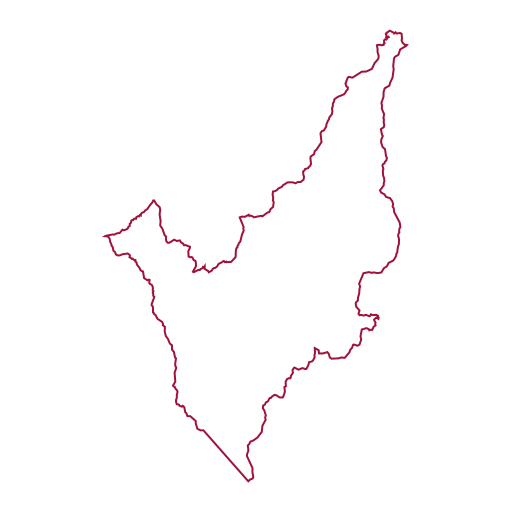 the district of Yarumal, Antioquia, Colombia
{"feature_id": "7082276B85908118350563", "entity_name": "Yarumal", "entity_type": "district", "adm_level": 2, "iso_a3": "COL", "parent_name": "Colombia", "parent_adm1": "Antioquia", "projection": "robinson", "projection_center": [-75.435, 7.007], "detail": "fine", "context": "isolated", "style": "outline", "palette": "rose", "viewbox_px": 512, "rotation_deg": 0, "n_neighbors": 0, "source": "geoboundaries", "source_scale": "gbopen_adm2", "svg_char_len": 6061}
<svg xmlns="http://www.w3.org/2000/svg" viewBox="0 0 512 512"><path d="M267.3,212.7L262.4,216.3L261.1,215.8L254.0,217.3L252.1,216.1L249.8,215.5L249.3,215.9L248.7,214.8L244.9,216.8L242.0,216.6L239.7,217.4L243.6,227.0L243.3,228.5L243.7,230.6L242.0,234.5L240.3,241.6L238.7,243.4L238.4,244.8L237.4,246.1L237.4,247.4L236.5,248.1L235.9,250.0L235.6,257.1L231.1,261.9L226.6,262.2L226.3,261.6L224.7,262.1L223.8,261.0L222.7,261.5L221.9,262.3L218.7,263.8L216.9,266.7L214.9,268.0L213.9,268.0L212.7,268.9L211.8,270.6L208.8,272.3L208.0,270.9L204.7,268.9L204.7,266.3L204.4,266.8L203.0,266.8L202.7,268.1L200.7,269.0L199.8,270.0L198.6,269.8L193.7,272.2L192.9,271.7L196.0,266.2L195.8,262.1L195.4,260.9L193.7,260.1L192.3,257.4L191.3,257.0L190.1,257.3L188.6,256.5L188.3,251.2L189.9,247.9L190.0,246.8L185.6,245.1L184.0,245.3L183.2,243.7L181.0,242.3L179.8,240.4L176.8,241.0L174.2,239.7L169.4,242.7L167.8,242.8L166.4,241.3L165.9,239.0L166.2,236.7L164.6,235.1L162.4,228.8L160.2,225.5L160.6,221.2L159.6,214.4L160.2,209.9L159.7,207.2L156.4,204.3L154.1,200.4L153.2,200.5L152.4,202.4L149.7,205.5L147.4,209.0L145.0,210.6L144.0,212.0L141.7,213.0L140.8,214.2L140.8,215.5L139.9,215.1L139.1,216.4L138.3,216.1L136.4,217.1L136.0,218.8L134.1,218.7L133.1,220.1L132.4,220.0L131.3,220.7L131.0,222.7L129.8,223.8L129.7,226.0L128.3,226.9L127.9,228.2L127.1,229.1L123.7,230.3L122.4,229.7L119.7,233.0L116.7,233.4L114.2,234.7L113.0,234.4L105.6,235.9L105.1,236.2L107.4,236.4L108.6,237.1L109.7,238.9L110.3,242.2L111.2,243.8L111.7,245.9L112.6,246.8L113.4,250.6L115.0,252.1L115.9,254.5L117.6,255.4L119.8,255.4L122.3,254.3L127.7,253.5L129.7,255.0L130.0,255.9L129.5,257.2L132.0,258.9L132.6,258.6L133.9,259.9L135.4,260.0L135.3,261.6L136.4,262.2L137.0,264.7L139.5,267.9L140.6,270.4L143.0,271.5L144.1,278.1L147.4,280.3L148.9,279.6L149.6,280.0L149.2,282.8L149.9,283.9L151.7,284.8L152.6,286.4L152.9,288.4L152.7,290.4L153.5,291.2L152.7,292.9L153.2,293.5L153.2,295.7L154.3,296.9L151.6,304.3L151.8,305.6L152.5,306.0L153.0,307.5L153.0,312.5L153.8,313.0L154.2,314.2L155.4,314.8L157.5,318.8L162.1,321.9L163.0,323.9L162.9,325.3L164.9,326.9L164.7,331.3L165.8,336.0L168.0,339.0L169.9,343.6L172.0,345.3L172.0,349.5L174.0,352.1L175.0,357.4L176.0,358.3L175.2,363.5L175.3,365.9L176.3,367.8L174.6,372.6L175.3,381.7L173.1,385.4L173.3,386.2L174.9,387.1L175.3,388.4L177.2,390.6L177.5,392.1L176.8,394.9L176.8,398.0L176.1,399.6L176.0,401.7L176.8,404.2L179.0,404.6L179.6,405.8L181.9,406.7L182.6,405.8L183.3,406.1L184.3,407.3L185.2,412.1L186.4,413.2L187.4,416.1L190.3,416.2L195.7,421.0L195.8,423.7L197.5,428.9L200.8,430.4L203.4,430.3L248.3,481.3L250.1,479.5L252.7,478.5L253.3,476.9L252.4,471.9L252.5,468.1L246.9,456.0L247.0,454.6L248.4,450.4L247.8,445.5L249.3,443.9L250.4,441.6L253.0,440.7L257.4,437.6L261.8,431.8L262.4,425.8L265.6,419.9L265.2,417.3L265.8,415.3L264.3,410.4L262.9,408.3L263.1,405.6L264.9,404.6L265.9,402.4L267.9,401.4L269.6,398.1L270.8,398.0L272.1,396.4L274.7,394.8L276.8,395.5L279.5,397.4L282.3,397.5L283.1,397.1L284.9,391.8L284.4,387.1L285.9,386.2L285.6,382.0L286.9,379.3L288.6,378.2L290.0,378.4L290.7,377.7L290.8,376.0L292.9,373.0L292.5,370.2L294.0,367.8L294.6,367.6L298.5,369.7L302.4,368.1L305.3,369.0L306.4,368.9L308.2,365.4L309.2,362.1L311.8,361.5L312.9,360.6L314.7,357.2L314.4,355.4L315.0,352.8L314.8,348.1L318.7,350.3L319.0,353.4L322.7,353.5L327.3,352.1L328.8,353.8L329.8,357.4L331.5,358.7L338.9,358.3L341.0,357.5L344.8,357.8L349.5,352.2L350.1,350.1L352.1,347.7L353.1,344.8L353.8,344.5L357.4,345.7L359.5,344.6L361.2,339.6L360.5,336.2L361.8,329.5L366.5,328.1L368.9,329.3L369.3,330.3L371.0,329.7L372.1,330.0L373.7,326.7L375.6,325.4L375.2,324.3L375.5,322.3L374.3,320.6L374.2,319.5L376.3,317.6L378.4,318.9L378.6,317.5L377.6,317.0L378.0,315.8L376.4,314.9L372.4,315.1L371.0,314.3L370.1,315.9L369.4,316.2L365.8,314.8L363.5,315.6L361.3,314.9L359.6,315.2L358.5,313.8L359.5,310.4L356.2,306.7L355.7,303.7L356.0,302.4L357.9,300.6L358.0,297.7L359.2,293.5L359.5,288.6L360.1,286.7L359.1,283.7L363.5,273.2L368.9,272.1L372.0,272.9L373.3,272.4L377.7,273.1L381.3,272.5L383.9,268.2L386.9,266.3L388.6,262.9L393.0,260.7L394.3,259.2L396.1,255.9L396.4,253.6L397.2,252.7L397.9,246.8L398.8,244.4L399.1,239.3L398.1,235.7L398.4,234.0L399.4,232.4L399.1,230.9L399.5,228.4L400.4,227.1L399.7,222.5L394.2,212.2L393.7,208.1L392.6,206.7L393.1,204.1L392.2,201.1L390.0,198.1L386.2,197.0L384.5,194.4L381.1,192.5L380.0,190.4L383.7,185.4L383.8,182.9L384.4,181.1L384.0,177.8L383.1,175.5L382.8,170.8L383.4,169.1L382.4,165.3L383.1,164.0L384.5,163.4L384.9,161.8L386.4,160.4L386.9,157.9L386.0,156.0L385.0,149.1L382.7,147.2L381.1,142.4L381.2,139.8L382.8,136.0L381.9,134.4L380.9,129.1L383.7,127.2L384.3,125.3L383.7,122.4L383.9,119.2L383.4,118.3L384.1,114.2L381.8,108.7L382.0,105.5L381.4,103.0L383.5,96.8L383.6,92.0L384.7,88.3L389.3,85.7L390.3,82.3L392.5,77.7L393.7,69.1L393.2,66.5L394.0,58.4L395.0,56.8L398.4,54.8L400.2,49.4L406.0,46.0L406.9,45.0L404.6,44.7L402.5,42.7L401.6,40.3L402.0,38.6L401.6,33.8L400.1,33.0L396.5,33.5L395.6,32.3L394.1,33.5L393.3,32.5L389.8,30.7L386.5,32.8L386.6,33.5L385.8,34.0L386.5,35.8L386.2,37.0L388.3,36.6L388.7,37.2L387.0,37.8L386.9,38.9L386.2,39.6L385.2,39.3L384.1,40.3L384.0,42.0L384.6,43.2L383.6,44.0L383.6,44.9L381.4,45.3L380.9,44.9L377.6,44.9L376.9,45.3L377.6,49.1L377.5,51.8L378.7,56.0L378.5,57.7L378.1,59.1L374.6,63.1L371.9,68.9L366.4,71.5L361.8,71.7L352.5,77.6L348.6,76.9L347.7,77.8L345.5,83.5L346.4,86.4L347.8,87.3L347.7,89.5L346.0,91.1L345.6,92.4L344.0,94.3L337.9,96.8L334.3,99.4L334.1,101.5L332.9,103.5L332.7,106.7L332.0,108.2L332.4,111.5L331.9,114.2L329.3,117.5L328.9,119.5L328.1,120.4L326.5,124.2L326.2,126.5L324.0,130.3L321.7,131.3L320.5,133.4L321.5,142.1L316.3,149.9L314.8,150.9L314.0,154.2L310.7,156.5L310.4,158.0L311.0,164.0L310.0,166.1L308.6,167.1L308.1,168.2L305.1,169.0L304.6,170.2L303.1,171.5L303.4,175.0L304.0,176.5L303.6,179.6L300.6,182.0L297.5,182.1L295.6,183.3L292.6,182.3L287.5,182.4L282.8,185.4L281.9,186.8L278.1,188.6L277.1,190.0L274.9,191.2L273.0,191.5L272.6,194.6L273.2,197.9L272.9,200.5L273.7,202.0L273.1,206.9L270.5,209.2L269.4,211.9L267.3,212.7Z" fill="none" stroke="#9f1239" stroke-width="2"/></svg>